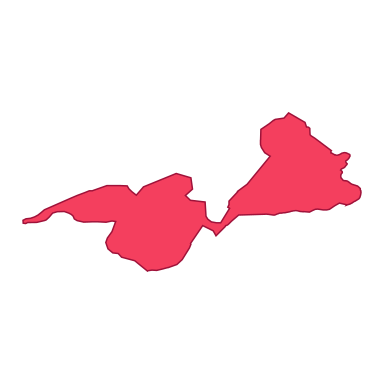 outline of Morne Dudon, Castries, Saint Lucia
{"feature_id": "8701671B250084574474", "entity_name": "Morne Dudon", "entity_type": "district", "adm_level": 2, "iso_a3": "LCA", "parent_name": "Saint Lucia", "parent_adm1": "Castries", "projection": "mercator", "projection_center": [-60.965, 14.012], "detail": "fine", "context": "isolated", "style": "filled", "palette": "rose", "viewbox_px": 384, "rotation_deg": 0, "n_neighbors": 0, "source": "geoboundaries", "source_scale": "gbopen_adm2", "svg_char_len": 5727}
<svg xmlns="http://www.w3.org/2000/svg" viewBox="0 0 384 384"><path d="M216.0,235.8L225.1,226.7L225.6,225.6L226.7,225.4L227.9,224.7L228.9,223.8L231.6,221.1L235.8,217.5L238.7,215.0L239.4,215.0L265.6,214.2L265.8,214.1L266.2,214.1L266.8,214.2L267.8,214.3L268.3,214.3L268.9,214.4L269.5,214.5L270.3,214.6L271.0,214.7L271.5,214.8L271.9,214.8L272.9,215.0L273.4,215.0L274.0,215.1L274.6,215.0L275.4,214.8L275.8,214.6L276.0,214.5L277.2,214.0L278.3,213.7L279.1,213.3L279.5,213.2L280.4,213.1L281.0,213.1L281.5,213.1L282.1,213.0L282.9,212.9L283.4,212.8L284.0,212.7L284.7,212.8L284.9,212.8L285.6,212.6L286.6,212.4L288.1,212.1L289.7,211.8L290.6,211.5L291.1,211.3L291.7,211.2L292.3,211.1L293.2,210.9L293.7,210.8L294.3,210.8L294.7,210.7L295.6,210.6L296.2,210.6L296.7,210.7L297.6,210.8L298.7,211.1L299.2,211.2L300.1,211.5L300.7,211.5L301.4,211.6L301.9,211.6L302.7,211.7L303.2,211.8L303.4,211.7L303.5,211.6L309.5,212.1L312.8,210.4L315.3,209.3L317.7,209.1L323.1,209.9L326.8,209.9L329.5,209.3L334.8,205.7L339.4,203.1L346.8,204.8L346.5,205.2L346.8,205.1L347.3,204.8L348.2,204.5L348.3,204.5L348.6,204.5L348.9,204.4L349.7,204.1L349.9,204.1L350.3,203.9L350.6,203.8L350.8,203.6L351.0,203.5L351.2,203.4L351.5,203.2L351.8,203.1L352.1,203.0L352.5,202.7L352.8,202.4L353.0,202.3L353.2,202.2L353.8,201.8L354.2,201.5L354.7,201.3L355.0,201.2L355.3,201.1L355.7,200.8L355.8,200.7L356.4,200.4L356.6,200.2L357.0,200.0L357.2,199.9L357.6,199.6L357.8,199.5L358.1,199.3L358.2,199.2L358.5,199.1L358.9,198.8L359.0,198.6L359.3,198.3L359.4,198.1L359.5,197.8L359.8,197.6L359.9,197.3L360.0,197.0L360.1,196.7L360.2,196.2L360.4,195.8L360.5,195.3L360.6,195.0L360.6,194.7L360.7,194.3L360.8,194.1L360.8,193.9L360.9,193.2L360.9,192.8L360.9,192.6L361.0,192.4L361.0,192.1L360.9,191.9L360.8,191.5L360.9,191.2L360.9,190.9L360.6,190.4L360.4,190.2L360.3,189.9L360.3,189.7L360.3,189.4L360.3,189.1L360.3,188.8L360.3,188.7L360.2,188.4L360.0,188.2L359.7,188.0L359.6,187.9L359.4,187.7L359.0,187.3L358.7,187.0L358.6,186.9L358.4,186.8L358.3,186.7L358.0,186.4L357.8,186.2L357.6,186.1L357.3,185.9L357.2,185.9L356.8,185.8L356.6,185.7L356.4,185.7L356.2,185.6L355.9,185.5L355.5,185.4L355.2,185.2L354.9,185.2L354.3,185.0L354.0,184.9L353.8,184.8L353.5,184.7L353.2,184.6L352.6,184.5L352.3,184.4L352.2,184.3L351.7,184.1L351.3,183.9L351.2,183.8L351.0,183.7L350.8,183.6L350.6,183.5L350.5,183.4L350.4,183.3L350.2,183.2L349.9,182.8L349.6,182.6L349.3,182.5L349.2,182.3L349.0,182.2L348.8,182.0L348.7,182.0L348.3,181.7L348.0,181.6L347.9,181.4L347.7,181.2L347.4,181.1L346.9,181.0L346.7,181.0L346.4,180.8L346.0,180.8L345.7,180.7L345.5,180.8L345.2,180.7L344.9,180.7L344.6,180.7L344.4,180.6L344.1,180.6L343.8,180.5L343.6,180.5L343.4,180.4L343.2,180.4L343.0,180.2L342.8,179.9L342.7,179.8L342.6,179.6L342.4,179.4L342.2,179.2L341.9,178.8L341.7,178.5L341.6,178.4L341.4,178.1L341.2,178.1L341.1,177.9L341.0,177.6L340.9,177.4L340.8,176.9L340.8,176.6L340.8,176.4L340.8,176.1L340.8,175.6L340.9,175.3L340.9,175.1L340.9,174.9L341.0,174.6L341.2,174.1L341.4,173.8L341.5,173.7L341.8,173.3L341.9,173.1L342.0,173.1L342.1,172.9L342.3,172.7L342.2,171.7L342.1,171.4L341.9,171.2L341.7,171.1L341.3,170.7L341.0,170.4L340.9,170.3L340.6,170.1L340.9,169.6L341.1,169.4L341.4,169.0L341.8,168.7L342.3,168.6L342.7,168.4L343.0,168.2L343.3,168.1L343.6,167.9L343.9,167.8L344.8,167.1L345.6,166.0L346.0,165.5L346.4,165.0L346.8,164.7L347.1,164.1L347.2,163.8L347.0,163.5L346.7,163.4L346.4,163.2L346.3,162.8L346.0,162.4L345.8,162.1L345.7,161.7L345.8,161.4L345.9,160.9L346.3,160.5L346.7,160.3L346.9,160.2L347.1,160.1L347.4,159.9L347.8,159.5L348.0,159.3L348.2,159.0L348.5,158.6L348.8,158.4L348.9,158.2L349.0,158.0L349.3,157.4L349.4,157.1L349.8,156.6L350.0,156.1L350.0,155.7L349.9,155.4L349.9,154.9L349.7,154.5L349.2,154.2L348.5,154.0L348.2,153.8L347.9,153.6L347.6,153.4L347.0,153.3L346.6,153.0L346.3,152.9L345.7,152.8L345.3,152.7L344.9,152.6L344.6,152.6L343.8,152.7L343.4,152.8L342.9,153.0L342.4,153.0L342.0,153.1L341.4,153.5L340.8,153.8L340.7,154.0L340.4,154.1L340.2,154.2L339.9,154.3L339.7,154.5L339.4,154.6L339.2,154.7L338.4,154.9L338.1,155.0L337.4,155.2L336.8,155.2L336.5,155.2L336.2,155.2L335.9,155.1L335.7,155.0L335.3,154.8L335.1,154.8L334.7,154.9L334.2,154.5L333.8,154.3L333.2,154.0L332.9,153.8L332.5,153.5L331.9,153.3L331.7,153.2L331.1,152.6L330.9,152.7L330.8,152.0L330.8,151.8L330.9,151.3L331.4,150.7L314.8,138.2L313.4,137.3L312.5,136.7L311.8,136.3L311.4,136.1L311.2,135.9L310.6,135.3L310.1,134.8L310.0,134.2L310.0,133.5L309.9,131.8L309.8,128.4L308.6,127.3L307.5,127.0L306.5,127.0L305.0,122.4L289.3,113.3L288.6,112.9L284.0,118.1L275.2,119.4L273.9,120.2L273.8,120.4L273.5,120.3L269.3,123.7L260.9,129.4L260.6,139.9L260.5,140.1L260.5,144.5L261.4,147.5L264.7,152.7L270.2,156.2L247.1,184.3L237.5,191.4L237.7,191.8L229.0,201.1L229.0,204.6L227.8,207.2L229.6,208.3L220.7,222.8L216.5,222.8L211.4,221.9L207.7,219.1L207.6,218.8L206.0,216.3L205.1,202.0L190.4,200.3L185.4,195.5L192.5,189.1L190.9,177.8L176.2,173.5L143.4,186.9L143.3,187.1L136.3,195.2L132.0,191.8L128.9,188.8L127.2,185.9L119.9,185.6L106.9,185.6L92.2,190.8L89.3,190.8L85.1,192.5L77.1,195.5L70.8,198.2L44.4,209.8L41.0,212.7L38.1,215.0L35.9,216.2L34.6,216.9L30.5,218.3L26.0,218.8L23.0,220.3L23.2,223.2L25.4,223.5L25.7,223.5L27.7,222.5L30.1,222.5L36.7,222.4L44.7,220.5L46.2,219.9L49.2,217.1L52.6,213.1L57.2,211.7L64.3,211.5L68.8,213.1L71.4,214.5L73.2,216.2L74.3,218.9L77.1,220.6L83.7,222.1L91.9,221.8L98.0,221.8L106.1,222.2L112.0,221.0L115.7,221.5L112.0,231.6L107.4,238.0L105.8,242.5L107.3,246.9L108.0,248.9L112.8,252.9L118.2,253.5L121.6,257.2L134.7,260.7L147.5,271.1L148.0,270.7L152.0,270.1L156.7,270.4L162.9,268.9L167.6,267.6L167.9,267.7L176.9,264.5L182.2,259.6L189.4,248.0L190.9,244.3L190.5,243.5L202.7,225.6L213.2,230.8L216.0,235.8Z" fill="#f43f5e" stroke="#9f1239" stroke-width="1.5"/></svg>